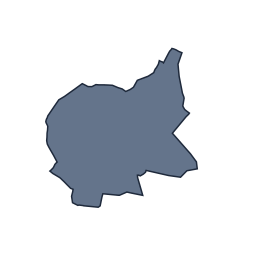 Ezeagu, Enugu, Nigeria (orthographic projection), rotated 111°
{"feature_id": "59680162B4656907626813", "entity_name": "Ezeagu", "entity_type": "district", "adm_level": 2, "iso_a3": "NGA", "parent_name": "Nigeria", "parent_adm1": "Enugu", "projection": "orthographic", "projection_center": [7.222, 6.418], "detail": "fine", "context": "isolated", "style": "filled", "palette": "slate", "viewbox_px": 256, "rotation_deg": 111, "n_neighbors": 0, "source": "geoboundaries", "source_scale": "gbopen_adm2", "svg_char_len": 1532}
<svg xmlns="http://www.w3.org/2000/svg" viewBox="0 0 256 256"><g transform="rotate(111 128 128)"><path d="M168.9,199.4L171.9,197.6L174.1,195.2L176.5,192.3L180.3,187.6L185.2,182.0L186.8,182.7L188.1,183.2L189.8,183.3L191.8,183.5L194.7,184.7L196.2,185.5L197.4,181.9L198.8,173.8L200.9,168.7L202.7,164.8L204.9,159.9L204.9,157.3L207.3,156.8L212.0,156.2L217.6,153.0L217.8,151.2L218.2,147.1L217.8,146.6L217.4,145.8L216.4,141.6L216.5,141.5L212.6,127.4L210.7,126.1L201.7,127.6L198.4,127.9L194.2,112.8L193.8,111.8L188.2,106.1L187.5,101.4L185.6,90.1L171.1,101.1L168.7,102.3L168.2,101.2L168.3,99.4L165.6,97.2L163.0,95.8L161.1,95.9L157.8,73.0L155.1,61.3L146.8,57.7L141.3,48.7L135.1,52.0L129.8,60.3L117.0,84.7L96.6,77.8L94.9,77.0L93.4,76.3L92.1,76.0L91.1,79.6L90.4,81.7L89.3,83.1L87.9,84.7L80.1,86.3L78.9,87.1L76.1,89.6L61.4,98.8L50.5,104.2L38.4,104.6L38.3,108.2L37.8,111.3L37.8,113.7L38.0,115.5L39.4,115.8L41.3,116.6L44.1,117.0L54.5,118.2L54.0,119.5L54.1,121.3L53.9,122.9L57.5,122.5L61.5,123.1L62.8,123.6L64.5,123.8L67.1,123.8L72.4,127.7L79.4,135.6L80.2,136.4L88.0,137.5L91.2,139.7L94.7,143.2L93.6,147.5L93.9,151.8L93.7,157.8L95.0,161.9L96.5,166.3L98.2,170.7L99.0,173.5L102.3,176.5L103.7,180.3L103.4,182.2L103.0,186.4L103.0,186.6L105.6,188.3L111.3,192.0L116.1,195.2L121.3,198.6L126.5,202.7L133.5,204.4L145.4,207.2L147.7,207.1L148.8,207.3L150.3,207.2L151.5,207.0L152.5,206.3L154.4,204.2L155.4,203.4L155.5,203.4L156.5,203.1L158.4,202.5L158.7,202.4L161.8,201.7L165.8,200.3L168.9,199.4Z" fill="#64748b" stroke="#1e293b" stroke-width="1.5"/></g></svg>